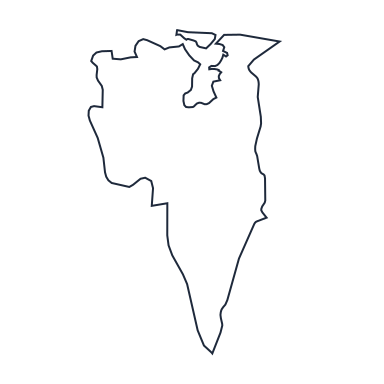 an SVG outline of Sud-Comoé, rotated 176°
{"feature_id": "CIV-3462", "entity_name": "Sud-Comoé", "entity_type": "Region", "adm_level": 1, "iso_a3": "CIV", "parent_name": "Ivory Coast", "parent_adm1": "", "projection": "natural_earth1", "projection_center": [-3.177, 5.67], "detail": "fine", "context": "isolated", "style": "outline", "palette": "slate", "viewbox_px": 384, "rotation_deg": 176, "n_neighbors": 0, "source": "natural_earth", "source_scale": "10m", "svg_char_len": 2549}
<svg xmlns="http://www.w3.org/2000/svg" viewBox="0 0 384 384"><g transform="rotate(176 192 192)"><path d="M183.0,29.5L183.7,30.5L190.8,38.0L196.0,53.6L203.3,100.5L206.8,110.5L216.1,130.2L219.1,140.4L219.7,150.5L217.4,182.5L233.1,181.0L230.6,198.5L231.9,205.8L237.7,209.5L242.4,208.8L250.3,203.3L254.2,201.4L271.5,206.6L274.6,209.5L276.5,213.2L277.4,217.7L278.0,232.4L282.3,252.5L288.9,270.4L289.9,275.4L289.3,280.3L286.9,283.9L283.7,284.5L275.5,282.8L273.9,300.2L274.6,304.1L278.0,309.7L279.1,312.9L279.0,315.3L277.9,321.2L278.1,323.8L278.9,324.7L282.1,327.9L283.4,329.7L281.1,335.0L277.6,337.8L272.1,338.7L262.4,338.3L261.8,330.5L253.8,329.3L243.8,330.6L237.5,330.5L239.5,336.1L238.2,341.8L234.7,346.2L230.0,347.9L226.2,346.6L213.4,339.7L209.4,336.2L204.5,337.8L194.9,338.1L190.9,340.2L189.0,334.9L185.2,328.5L180.8,323.1L176.9,320.9L174.9,318.8L177.5,314.4L181.3,310.3L182.7,309.4L183.9,305.4L184.6,297.1L186.0,293.9L189.4,291.5L191.9,290.8L193.6,289.0L194.2,283.4L193.6,279.2L192.0,277.2L189.2,276.7L185.2,276.7L184.0,277.3L182.6,278.6L180.8,280.0L178.6,280.6L176.6,280.3L173.3,278.7L171.2,278.6L168.8,279.5L164.2,283.2L161.1,284.5L163.5,290.9L164.8,296.6L163.0,300.6L156.1,301.5L157.2,303.7L157.2,305.7L156.2,307.6L154.5,309.4L156.7,311.1L157.8,311.5L156.1,311.5L158.4,312.5L160.9,313.1L163.5,313.4L166.2,313.2L166.2,315.1L163.9,316.4L160.2,316.0L157.8,316.9L155.7,318.7L153.9,321.1L152.3,323.8L151.2,326.8L148.6,324.8L146.9,325.9L147.3,328.3L151.2,330.5L149.7,334.2L151.2,336.5L154.2,337.7L157.8,338.3L149.0,346.5L133.0,345.6L94.1,336.0L121.0,319.8L127.1,313.6L127.0,312.0L126.7,310.6L126.2,309.4L125.5,308.3L124.7,307.2L120.2,302.8L119.4,301.8L118.7,300.7L118.3,299.4L118.0,297.9L117.9,296.4L117.9,294.7L119.8,282.2L118.1,262.2L118.3,255.6L119.0,252.5L123.5,240.8L125.7,233.3L126.0,230.5L126.0,228.2L125.6,226.8L125.1,225.5L124.5,223.3L123.3,210.8L122.9,208.5L122.3,207.2L121.6,206.1L120.6,205.3L119.4,204.6L118.5,203.4L118.2,200.5L119.5,178.4L120.2,176.3L123.0,172.7L124.0,170.4L124.2,169.0L123.2,166.7L119.4,161.2L129.2,158.2L130.4,157.7L131.3,156.9L132.1,155.8L149.8,122.3L164.3,81.7L166.6,77.3L168.9,75.0L170.5,73.0L171.1,71.8L171.7,70.0L172.2,67.4L172.0,64.1L171.1,58.4L171.1,56.7L173.4,49.7L183.0,29.5L183.0,29.5ZM196.6,349.9L195.6,354.5L195.4,354.5L184.9,351.7L161.1,349.0L157.6,347.0L158.6,343.0L163.2,338.2L167.9,334.3L174.3,336.2L176.1,337.6L176.8,339.2L177.1,340.8L177.8,342.0L179.8,343.0L185.0,344.9L186.0,344.9L187.0,344.3L189.1,346.0L192.7,349.8L195.9,350.1L196.6,349.9Z" fill="none" stroke="#1e293b" stroke-width="2"/></g></svg>